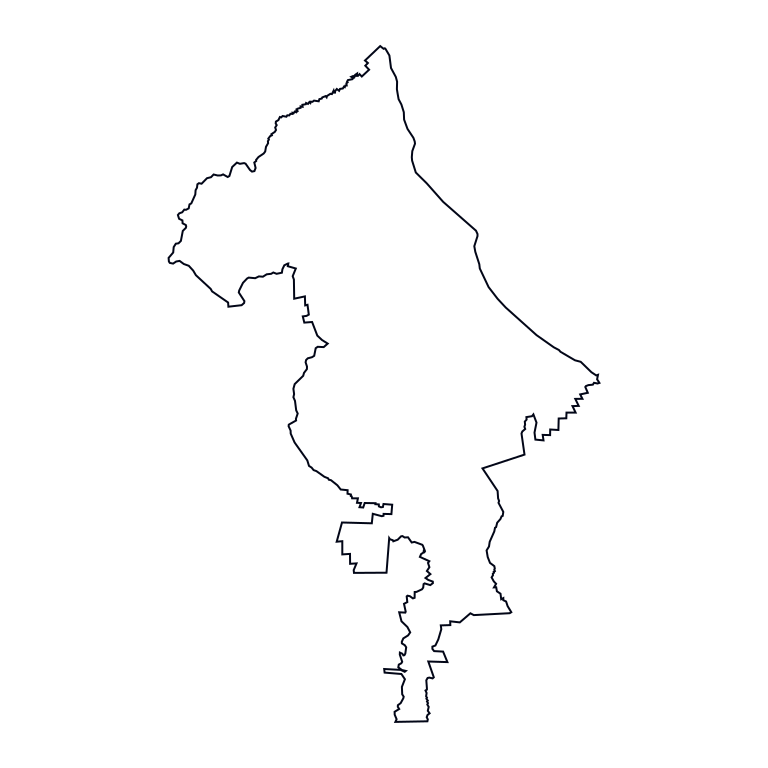 Tatahuicapan de Juárez, Veracruz, Mexico
{"feature_id": "50627088B86735774155910", "entity_name": "Tatahuicapan de Juárez", "entity_type": "district", "adm_level": 2, "iso_a3": "MEX", "parent_name": "Mexico", "parent_adm1": "Veracruz", "projection": "mercator", "projection_center": [-94.788, 18.349], "detail": "fine", "context": "isolated", "style": "outline", "palette": "ink", "viewbox_px": 768, "rotation_deg": 0, "n_neighbors": 0, "source": "geoboundaries", "source_scale": "gbopen_adm2", "svg_char_len": 6077}
<svg xmlns="http://www.w3.org/2000/svg" viewBox="0 0 768 768"><path d="M212.1,291.4L228.1,302.5L228.4,306.7L241.6,305.2L244.1,303.0L244.4,301.1L238.8,292.5L239.2,290.5L243.0,282.8L247.1,278.5L248.7,277.6L255.2,278.2L258.9,276.4L262.9,276.7L266.7,274.3L271.2,273.8L273.3,272.5L276.6,273.8L281.9,272.7L282.4,269.3L284.3,265.3L287.7,263.6L288.3,263.5L287.8,266.2L295.8,268.5L292.7,276.2L293.9,279.5L294.2,298.7L304.9,296.4L305.2,305.4L307.5,304.8L308.8,314.6L306.5,315.9L302.8,316.4L304.3,322.6L312.1,322.0L317.3,335.6L322.0,340.0L327.7,343.6L323.7,347.1L317.7,346.8L315.7,348.2L314.2,355.8L312.0,357.2L307.8,358.3L306.1,360.0L305.6,362.3L307.0,366.6L306.9,369.1L304.0,372.9L303.2,375.8L294.7,384.1L293.4,388.8L294.1,394.1L293.4,397.2L295.0,400.9L296.2,410.4L297.7,413.5L295.9,418.9L296.1,420.5L288.8,424.6L288.6,426.2L290.6,430.6L290.7,433.6L294.6,442.5L307.3,460.4L309.0,465.9L311.6,467.6L313.6,470.1L316.4,471.1L324.4,476.8L328.1,478.3L328.8,479.7L331.0,480.2L337.4,485.3L340.7,489.5L347.6,490.2L347.5,493.7L350.9,494.5L350.8,496.0L351.7,496.4L352.1,498.3L357.9,498.3L357.0,502.8L361.0,503.0L359.5,507.2L363.2,507.5L364.7,503.0L375.5,503.2L375.4,504.2L378.8,504.4L378.9,506.4L381.0,507.3L382.9,507.0L383.5,504.0L392.2,504.7L391.4,514.1L383.6,513.9L383.5,515.8L381.8,516.2L372.8,513.8L371.8,523.3L342.0,522.5L336.7,541.7L342.3,541.2L342.3,554.4L350.0,553.9L350.1,563.8L356.5,563.4L353.7,570.1L354.0,572.9L386.5,572.7L389.2,538.1L390.0,539.3L392.8,540.2L393.3,541.3L397.7,539.7L401.1,536.3L402.5,536.1L404.6,537.5L408.0,537.3L411.7,542.5L414.5,541.9L422.3,544.8L422.9,545.7L425.0,551.2L424.5,552.0L423.7,551.3L423.5,552.5L421.1,554.1L419.9,556.9L429.3,561.2L428.0,562.9L429.4,567.2L426.9,571.0L430.4,574.1L425.5,578.0L428.2,579.9L432.8,581.6L432.9,583.1L430.3,585.1L424.6,583.4L423.6,584.1L423.2,587.6L422.0,589.3L416.5,591.9L414.7,592.0L414.6,597.8L412.9,598.4L409.9,596.2L407.5,595.7L406.7,596.4L407.3,602.1L404.0,603.8L405.7,611.7L405.3,612.6L399.2,612.3L401.5,621.3L407.4,627.0L410.2,632.4L408.1,635.4L403.3,638.4L401.8,641.8L401.9,643.4L404.8,645.2L406.2,647.3L405.3,653.6L404.4,655.2L403.4,655.4L402.3,653.7L399.9,652.6L399.8,654.6L402.2,661.8L401.3,663.3L398.8,664.6L398.3,667.3L401.9,670.0L405.8,670.9L404.7,671.8L400.7,669.9L384.2,669.0L384.6,672.6L401.4,674.0L404.9,679.2L401.9,686.9L402.2,694.3L403.7,696.7L403.3,698.3L400.7,703.1L397.9,705.2L397.8,706.8L399.2,709.0L394.6,711.8L394.7,714.7L396.6,719.2L395.4,721.9L427.4,721.3L427.8,719.4L426.7,717.2L427.5,715.0L429.6,713.3L427.8,710.8L428.7,706.9L427.3,704.5L428.0,703.1L427.0,701.5L427.8,700.6L426.4,698.7L427.0,697.7L426.1,696.3L426.6,693.0L425.5,690.5L426.9,689.6L426.9,688.1L426.3,680.3L427.6,678.0L429.3,677.6L432.6,678.4L433.8,677.3L428.3,661.5L447.4,662.1L443.1,651.6L434.1,651.1L432.4,648.9L432.4,646.6L435.4,645.5L438.3,639.4L441.3,629.2L440.8,625.4L450.3,625.1L450.2,621.3L459.8,622.4L470.4,613.3L473.8,615.1L509.7,613.2L511.3,612.2L507.6,606.1L506.1,601.5L503.3,600.2L503.3,598.1L501.2,599.2L500.5,593.7L496.9,591.3L496.2,587.3L494.0,587.4L496.1,583.8L493.8,581.4L491.6,577.4L493.0,575.2L492.8,573.8L494.0,572.7L493.7,571.8L494.9,571.1L494.3,569.7L494.8,568.5L494.3,566.1L490.0,562.9L487.7,557.0L486.6,550.4L489.0,546.5L489.7,541.8L494.3,531.4L495.0,527.8L496.1,527.1L497.2,522.7L500.4,519.1L501.6,516.3L502.7,515.9L503.3,511.9L498.5,502.8L499.1,501.0L498.1,498.4L497.6,491.0L482.5,468.4L524.5,454.6L521.5,433.5L522.3,431.5L525.2,429.0L524.4,426.8L525.1,424.7L524.8,421.6L526.6,419.6L526.4,417.1L532.0,416.2L533.4,414.4L536.5,422.6L534.5,432.6L535.4,439.6L543.5,440.4L542.7,434.9L550.1,435.1L550.2,429.5L558.4,430.0L558.7,418.5L566.3,418.3L566.5,412.6L575.6,412.6L572.5,406.1L578.7,405.9L575.3,398.9L582.4,398.8L580.2,394.4L587.8,392.8L585.3,387.0L585.9,386.1L588.4,385.1L592.7,384.7L592.5,385.2L594.0,382.8L597.5,383.5L599.4,382.9L597.1,379.3L598.0,374.8L596.2,375.4L591.4,372.2L580.7,361.8L575.0,360.3L560.5,351.8L558.9,350.0L553.8,347.3L536.5,335.1L505.7,307.5L497.6,298.8L488.6,287.1L479.8,268.5L479.3,264.2L475.3,251.8L474.3,246.2L477.5,236.1L477.5,234.0L476.0,230.7L443.1,201.8L426.8,183.4L415.8,172.5L412.1,160.6L411.8,157.2L412.3,151.1L415.0,143.7L414.7,141.4L413.4,137.8L407.5,128.9L404.1,119.6L403.8,112.2L401.4,104.5L398.6,99.2L397.6,93.5L396.9,89.2L397.1,81.7L395.8,76.9L391.0,68.0L389.4,55.5L385.5,48.9L384.8,48.3L383.6,48.8L380.2,46.1L365.0,60.5L367.9,63.0L365.3,65.7L369.1,69.7L361.8,76.5L359.5,74.1L357.9,75.9L356.7,75.9L357.0,73.6L355.1,74.9L354.4,77.1L353.2,76.0L351.3,76.8L353.1,78.1L352.4,79.2L347.9,80.1L347.1,81.6L347.6,82.3L346.4,83.3L346.7,85.5L345.3,85.6L344.8,87.1L344.0,86.6L342.8,88.5L340.0,88.9L339.1,90.8L336.8,89.0L335.1,91.2L335.0,92.6L334.0,92.6L333.6,90.7L331.9,94.1L330.4,93.8L327.0,96.0L326.6,97.3L325.6,96.1L322.3,97.4L321.7,98.6L319.4,99.1L318.7,101.3L314.0,100.6L312.5,101.8L310.8,101.7L310.4,103.0L309.4,102.0L308.0,103.9L306.1,103.0L305.8,104.2L302.4,104.8L302.6,106.8L300.6,106.4L300.6,107.8L297.3,108.8L296.8,109.3L297.6,111.2L297.0,111.6L296.3,110.6L296.0,112.2L294.7,111.6L293.5,113.4L292.4,112.8L292.2,113.9L290.4,113.8L289.3,115.4L287.3,115.3L286.4,116.7L282.6,116.0L281.2,117.4L279.9,117.0L278.4,120.1L275.9,121.6L275.7,123.5L276.7,125.1L275.2,127.5L276.0,130.0L274.8,131.9L271.4,134.2L271.9,135.3L270.2,136.1L268.3,138.6L268.9,139.6L267.9,141.2L268.1,143.2L266.0,146.8L265.2,151.5L263.7,153.5L258.5,157.0L256.1,159.9L256.2,161.0L254.3,162.5L255.6,168.0L254.4,171.1L252.0,171.6L250.0,170.0L245.6,163.7L244.1,163.1L239.9,163.8L236.9,162.6L232.2,167.0L229.4,176.0L227.7,177.0L223.1,174.4L220.9,175.4L217.7,175.5L213.6,174.5L211.0,177.2L207.0,178.2L201.6,183.7L198.9,183.2L197.4,184.3L197.0,187.7L195.6,190.2L195.3,194.5L191.3,203.4L189.5,204.4L188.7,208.4L186.0,209.8L184.3,209.6L182.2,212.3L179.3,213.3L177.9,215.0L179.1,218.8L182.4,220.4L182.6,223.3L185.8,225.0L186.2,226.3L185.9,227.8L182.8,230.9L180.9,240.9L178.5,243.3L175.8,243.7L173.7,247.1L173.2,252.5L168.6,257.9L168.9,261.5L169.8,262.9L173.1,263.6L176.2,261.5L179.6,260.9L183.8,264.0L188.8,265.8L193.2,270.6L195.9,275.2L210.7,288.9L212.1,291.4Z" fill="none" stroke="#020617" stroke-width="2"/></svg>